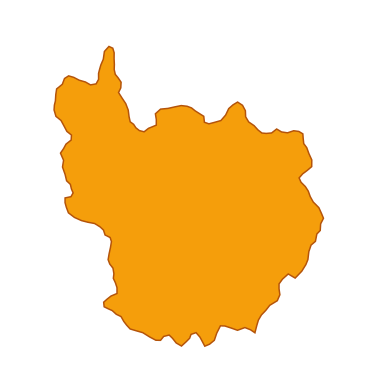 the district of Carmésia, Minas Gerais, Brazil, rotated 83°
{"feature_id": "56859067B47042925526830", "entity_name": "Carmésia", "entity_type": "district", "adm_level": 2, "iso_a3": "BRA", "parent_name": "Brazil", "parent_adm1": "Minas Gerais", "projection": "orthographic", "projection_center": [-43.185, -19.056], "detail": "fine", "context": "isolated", "style": "filled", "palette": "amber", "viewbox_px": 384, "rotation_deg": 83, "n_neighbors": 0, "source": "geoboundaries", "source_scale": "gbopen_adm2", "svg_char_len": 2411}
<svg xmlns="http://www.w3.org/2000/svg" viewBox="0 0 384 384"><g transform="rotate(83 192 192)"><path d="M339.4,146.7L332.5,144.0L327.2,141.7L322.5,138.1L318.5,133.2L313.9,128.6L310.3,120.6L304.7,117.3L298.6,117.4L293.8,116.8L289.5,112.8L285.1,106.5L290.0,100.1L284.0,92.7L277.9,87.8L273.2,85.2L265.4,83.3L259.2,80.3L256.0,75.5L248.9,73.2L245.8,69.4L239.3,68.2L234.1,64.7L229.4,66.0L223.0,68.0L216.7,72.9L211.0,75.2L205.3,76.5L200.5,78.8L195.6,82.6L191.1,84.0L187.5,80.0L184.8,75.3L181.4,70.1L174.8,69.2L168.1,71.3L162.0,72.7L157.6,75.2L152.0,75.1L147.8,74.9L144.9,78.6L143.6,83.6L144.9,90.0L143.3,95.8L139.8,100.3L143.1,105.8L142.9,111.2L142.0,115.4L138.5,118.9L133.7,122.3L129.4,127.2L123.9,129.6L117.8,129.1L112.1,131.3L108.3,135.8L110.5,140.7L113.7,145.4L119.7,149.2L124.6,154.6L125.7,161.7L126.4,166.9L124.3,171.2L118.3,171.1L115.2,174.9L111.9,178.9L108.5,182.2L106.3,186.4L104.9,192.2L105.4,198.6L106.1,205.6L105.9,213.1L109.9,218.8L115.7,218.6L121.3,219.3L123.5,227.4L126.4,232.2L124.6,236.8L121.4,239.9L117.7,241.7L114.8,244.8L109.5,245.3L103.0,245.3L96.2,247.0L89.8,250.2L84.3,252.8L80.0,250.0L74.4,249.0L69.7,251.4L65.9,253.8L61.0,254.3L55.9,253.5L50.3,253.1L44.3,252.3L39.6,253.1L37.4,256.7L41.8,261.8L49.5,263.9L54.8,267.0L58.8,268.7L62.9,270.3L68.8,271.0L73.0,274.0L73.3,279.7L69.8,284.4L67.3,290.3L63.8,295.4L61.7,300.3L63.8,304.7L69.3,307.6L73.2,313.8L78.6,315.3L85.0,316.5L89.0,318.0L93.8,318.9L100.4,317.8L105.0,313.3L110.6,311.1L116.6,308.8L120.8,304.7L125.7,305.6L129.1,311.2L133.3,314.2L137.4,317.8L144.9,315.6L151.4,317.5L159.2,315.8L165.6,315.1L169.6,311.8L174.3,311.3L178.4,310.1L181.9,312.7L182.4,318.7L187.1,319.3L191.8,318.6L197.6,317.2L202.9,311.8L206.9,305.2L209.3,299.1L211.4,292.5L215.4,287.5L219.0,284.5L224.1,283.5L227.2,278.8L231.4,278.0L237.2,279.7L243.2,281.8L248.9,283.5L253.5,282.4L258.0,279.7L263.7,279.5L268.1,280.6L272.7,279.1L277.8,278.1L283.6,278.8L285.4,285.1L288.1,289.5L290.6,293.1L295.2,293.2L297.7,289.4L300.0,285.6L304.1,282.1L307.0,277.6L312.1,275.5L316.2,273.1L320.4,270.1L322.9,264.4L325.6,258.0L330.7,251.7L334.7,246.0L335.4,241.3L331.9,237.7L331.2,232.1L334.8,229.2L339.9,226.1L343.6,221.2L339.9,216.0L336.9,212.2L333.2,210.3L332.1,205.1L337.0,201.8L341.6,200.0L346.6,198.1L345.2,193.1L341.9,187.9L335.0,184.6L328.3,180.1L329.0,175.7L331.8,169.7L334.8,163.7L333.0,156.0L335.9,150.7L339.4,146.7Z" fill="#f59e0b" stroke="#b45309" stroke-width="1.5"/></g></svg>